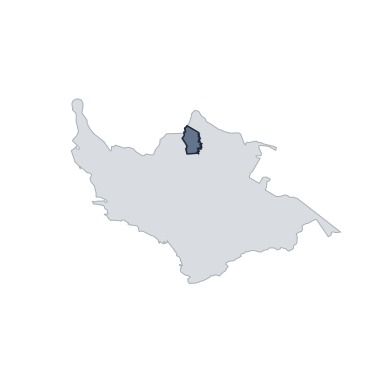 location of La Primavera, Vichada, Colombia, rotated 300°
{"feature_id": "7082276B79369128068178", "entity_name": "La Primavera", "entity_type": "district", "adm_level": 2, "iso_a3": "COL", "parent_name": "Colombia", "parent_adm1": "Vichada", "projection": "equal_earth", "projection_center": [-69.552, 5.549], "detail": "fine", "context": "in_parent", "style": "filled", "palette": "slate", "viewbox_px": 384, "rotation_deg": 300, "n_neighbors": 0, "source": "geoboundaries", "source_scale": "gbopen_adm2", "svg_char_len": 7732}
<svg xmlns="http://www.w3.org/2000/svg" viewBox="0 0 384 384"><g transform="rotate(300 192 192)"><path d="M213.9,53.5L211.0,55.1L205.5,57.0L201.6,65.3L199.0,66.8L195.8,71.7L193.4,77.8L191.6,90.2L186.8,100.8L187.2,101.3L189.1,100.8L190.9,99.6L191.5,100.0L192.1,101.9L194.3,102.3L196.0,110.9L199.3,115.2L199.6,116.9L200.0,120.5L198.9,122.6L198.5,130.5L199.5,132.4L202.0,133.2L203.6,138.1L204.6,139.3L206.1,140.0L209.7,139.2L216.2,140.1L217.8,139.9L221.4,138.2L226.1,140.3L229.5,140.7L238.8,155.4L239.7,155.0L240.9,155.9L243.2,154.4L245.2,154.1L247.9,154.9L251.4,154.9L258.5,153.3L259.5,152.5L263.4,153.3L264.5,154.4L265.1,157.2L264.6,158.9L263.3,160.6L262.5,162.8L262.4,165.5L261.7,167.5L260.5,168.8L260.0,170.7L260.3,173.1L259.6,184.3L260.1,185.2L260.5,189.8L262.2,195.8L263.0,197.5L264.3,198.9L266.8,203.8L266.3,205.4L259.9,213.1L259.6,214.9L260.8,214.2L262.7,214.9L263.4,216.8L268.2,222.1L268.1,224.2L269.5,228.2L269.2,229.1L272.5,240.6L272.6,243.0L269.9,243.6L269.8,236.0L269.4,234.4L266.3,227.5L265.7,227.0L263.6,227.8L260.2,232.8L258.5,233.6L257.3,232.9L256.0,229.9L255.1,229.3L254.3,231.8L255.4,234.1L240.2,234.1L237.2,233.1L233.2,234.3L233.1,245.9L240.3,246.1L242.3,249.4L242.1,252.1L242.4,253.1L240.7,253.6L238.2,251.8L233.7,254.0L230.4,254.5L230.2,267.3L232.2,270.5L236.0,274.0L236.6,276.3L236.3,278.5L237.2,281.2L238.5,282.7L238.5,284.4L239.1,286.2L231.6,340.6L228.9,337.2L228.0,334.2L226.7,333.0L224.1,334.0L221.4,332.4L230.2,314.0L229.9,312.4L222.6,307.9L221.8,306.7L218.3,304.3L216.4,305.0L215.3,306.2L212.6,306.6L210.5,304.6L207.9,303.3L204.8,306.4L203.9,306.4L201.7,307.8L199.4,308.3L196.3,306.9L193.9,307.9L192.1,307.6L191.5,306.7L189.3,305.6L189.1,304.3L189.7,302.1L188.7,297.6L188.4,296.8L186.7,296.7L184.8,295.1L184.4,294.1L184.8,292.3L184.4,290.8L182.5,287.2L179.9,286.2L177.3,283.2L174.8,282.2L173.6,280.1L172.5,275.2L169.9,271.5L168.0,270.2L167.4,268.4L165.5,268.2L163.0,265.7L161.8,265.6L161.0,266.7L158.6,265.5L156.6,263.7L154.5,263.2L153.1,262.1L150.6,258.7L147.9,257.0L146.4,257.6L145.8,260.2L145.0,260.6L141.8,260.0L141.3,260.5L140.5,260.4L136.7,258.5L133.0,257.8L132.0,253.5L129.6,251.9L128.9,249.9L127.2,250.1L120.8,246.1L118.2,243.4L115.9,241.9L113.6,238.8L113.2,237.6L111.4,235.8L112.3,233.5L114.5,231.8L117.3,233.1L117.7,230.4L116.7,228.1L117.2,222.7L117.9,221.5L119.5,220.4L120.5,220.9L121.1,220.0L123.4,220.4L124.1,220.0L125.9,217.8L126.7,216.1L127.5,216.3L129.4,213.4L129.1,210.5L130.9,209.9L132.8,205.1L133.6,205.0L134.0,202.7L137.3,194.9L136.1,195.8L134.9,195.3L135.1,192.6L134.7,192.3L133.6,194.3L132.7,192.3L133.0,188.9L131.5,189.5L131.5,188.8L133.7,186.2L134.6,180.5L133.9,178.4L133.5,169.7L133.1,168.1L131.4,165.9L134.2,163.4L135.2,161.6L133.9,157.7L132.3,154.5L132.3,152.6L133.3,152.8L133.7,147.4L132.8,145.4L131.6,145.3L128.0,137.4L126.7,135.7L127.7,131.9L128.8,130.3L128.6,127.4L129.3,127.5L130.9,130.2L131.5,129.8L134.0,127.3L134.1,124.9L136.1,122.5L133.4,114.4L132.4,113.2L133.6,110.6L134.2,110.7L135.3,113.3L137.0,114.9L139.6,119.4L140.7,120.4L139.9,121.4L139.7,122.5L140.1,123.1L141.5,123.2L142.1,122.0L141.8,116.5L141.2,113.8L139.8,111.8L140.3,111.0L142.9,109.7L148.4,104.4L150.3,99.5L151.7,97.8L153.3,96.6L155.3,96.9L156.8,96.3L157.3,94.7L156.3,91.3L157.5,86.6L157.5,84.3L158.2,82.9L158.0,82.3L156.0,84.0L158.1,80.7L159.5,75.7L167.5,66.8L172.6,69.0L174.2,68.8L172.1,69.9L171.8,71.2L172.5,72.5L173.3,72.9L174.0,72.1L175.7,66.9L176.0,64.1L176.7,63.1L177.8,62.7L182.9,64.0L187.6,63.5L195.4,56.2L201.3,53.0L202.8,50.0L203.2,47.8L204.2,46.9L205.4,46.9L206.0,45.6L208.7,43.7L211.6,43.4L214.7,45.2L216.1,48.2L216.3,50.3L213.9,53.5ZM123.5,219.4L123.2,219.8L122.5,219.1L122.2,218.2L122.7,217.5L123.2,217.7L123.5,219.4Z" fill="#d9dde1" stroke="#a8b0b8" stroke-width="1"/><path d="M233.3,156.9L233.3,157.1L233.2,157.7L233.1,157.9L232.9,158.1L232.7,158.2L232.6,158.5L232.5,158.9L232.2,159.2L232.1,159.9L231.7,160.1L231.6,160.7L231.5,161.1L231.0,161.8L230.9,161.9L230.8,162.1L230.6,162.2L230.5,162.6L230.4,162.9L230.3,163.0L230.2,163.2L229.8,163.9L229.7,164.2L229.5,164.3L229.3,164.6L229.1,164.8L228.9,164.7L228.7,164.8L228.6,164.7L228.5,164.8L228.3,165.1L227.7,165.4L227.2,165.2L226.7,165.2L226.4,165.0L226.1,165.4L225.8,165.5L225.7,165.7L225.6,165.8L225.6,166.0L225.3,166.0L224.9,166.4L224.6,166.6L224.4,167.0L224.1,167.1L223.8,167.4L223.7,167.5L223.4,167.9L223.2,167.9L222.9,168.3L222.5,168.7L222.5,168.8L228.5,177.6L228.5,177.4L228.7,177.2L228.8,177.2L228.7,177.4L228.8,177.5L229.0,177.4L229.0,177.2L229.1,177.3L229.0,177.5L229.3,177.3L229.4,177.2L229.5,177.5L229.6,177.4L229.8,177.4L229.8,177.2L230.0,177.0L229.9,177.2L230.0,177.3L230.0,176.9L230.2,177.0L230.3,177.0L230.3,176.7L230.5,176.8L230.6,177.0L230.7,176.8L230.6,176.6L230.8,176.8L231.0,176.7L231.2,176.8L231.3,176.7L231.2,176.6L231.3,176.5L231.4,176.9L231.5,176.7L231.4,176.7L231.5,176.6L231.4,176.5L231.6,176.5L231.5,176.4L231.7,176.6L231.8,176.5L231.8,176.3L231.8,176.2L231.8,176.3L231.9,176.5L232.0,176.5L232.0,176.3L232.2,176.1L232.3,176.1L232.3,175.9L232.4,176.0L232.5,176.0L232.5,175.8L232.6,176.1L232.8,176.1L232.9,176.4L233.0,176.4L233.0,176.0L233.2,176.3L233.3,176.4L233.3,176.2L233.5,176.2L233.5,176.4L233.7,176.5L233.7,176.8L233.7,177.0L233.8,177.0L233.7,177.3L233.8,177.3L233.7,177.4L233.8,177.4L233.8,177.5L233.9,177.4L234.0,177.5L234.1,177.4L234.2,177.5L234.2,177.4L234.2,177.5L234.3,177.5L234.4,177.4L234.4,177.6L234.5,177.5L234.7,177.3L234.9,177.4L234.9,177.5L235.0,177.6L235.0,177.4L234.9,177.3L235.0,177.2L235.1,177.3L235.2,177.6L235.3,177.7L235.2,177.4L235.3,177.3L235.4,177.5L235.5,177.5L235.7,177.3L235.6,177.2L235.4,177.1L235.5,176.8L235.8,176.9L235.8,176.5L235.8,176.3L235.9,176.7L236.1,176.8L236.1,177.0L236.2,176.9L236.1,177.1L236.3,177.1L236.3,176.9L236.4,177.0L236.5,176.9L236.5,177.0L236.6,176.9L236.8,177.0L237.0,176.8L236.9,176.7L237.1,176.7L237.3,176.6L237.4,176.4L237.5,176.5L237.6,176.4L237.5,176.2L237.4,176.1L237.4,175.9L237.5,176.0L237.6,175.8L237.8,175.8L238.0,175.9L237.9,175.7L238.0,175.5L237.9,175.4L238.0,175.4L238.3,175.3L238.3,175.2L238.3,174.9L238.3,175.1L238.5,175.0L238.6,174.9L238.7,175.0L238.7,174.9L238.6,174.7L238.7,174.8L238.8,174.7L238.8,174.4L238.8,174.2L238.9,173.8L239.0,173.7L238.8,173.6L238.9,173.4L238.9,173.1L239.0,173.1L239.0,172.9L238.9,172.9L238.9,173.0L238.8,172.9L238.9,172.7L238.8,172.4L238.8,172.2L239.0,172.2L239.2,172.3L239.3,172.4L239.5,172.2L239.8,172.2L240.0,172.1L239.9,172.4L240.1,172.4L240.3,172.4L240.3,172.5L240.5,172.5L240.6,172.4L240.6,172.5L240.9,172.1L241.0,172.2L241.3,172.2L241.6,172.2L241.7,172.3L241.8,172.3L241.9,172.0L242.0,172.0L242.1,172.3L242.3,172.4L242.5,172.4L242.5,172.0L242.4,171.9L242.4,171.6L242.6,171.5L242.9,171.5L242.9,171.4L242.8,171.2L242.5,171.1L243.2,171.1L243.2,170.7L243.3,170.5L243.6,170.6L243.8,170.5L243.8,170.4L243.6,170.3L243.6,170.1L243.4,170.2L243.2,170.2L243.3,170.1L243.3,169.9L243.5,169.8L243.6,169.7L243.7,169.8L243.8,169.9L244.1,169.7L244.3,170.0L244.5,169.7L244.8,169.7L245.1,169.5L245.1,169.4L245.1,169.2L245.2,169.3L245.3,169.5L245.5,169.5L245.5,169.2L245.7,169.3L245.8,169.0L245.9,168.8L246.0,168.7L245.9,168.6L246.2,168.4L246.3,168.5L246.5,168.4L246.4,168.2L246.6,168.2L246.8,168.0L246.9,154.6L246.7,154.5L246.6,154.4L246.3,154.5L246.1,154.7L245.9,154.7L245.5,154.5L245.3,154.5L244.8,154.2L244.4,154.2L244.2,154.2L244.0,153.8L243.8,153.7L243.2,153.9L243.1,154.1L242.8,154.3L242.6,154.5L242.4,155.0L242.1,155.0L241.6,155.6L241.5,155.8L241.3,156.2L241.0,156.2L240.7,156.2L240.3,156.1L240.2,155.9L240.0,155.3L239.8,155.1L239.6,155.2L239.3,155.4L239.1,155.4L239.0,155.5L238.9,155.7L238.6,155.8L238.4,156.2L238.0,156.4L237.6,156.7L237.2,156.9L236.8,156.9L236.3,157.0L235.7,156.9L235.4,157.0L235.1,156.8L234.6,156.9L234.0,156.6L233.8,156.7L233.3,156.9Z" fill="#64748b" stroke="#1e293b" stroke-width="1.5"/></g></svg>